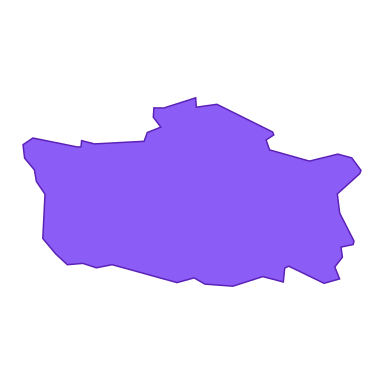 outline of Banbridge
{"feature_id": "GBR-2087", "entity_name": "Banbridge", "entity_type": "District", "adm_level": 1, "iso_a3": "GBR", "parent_name": "United Kingdom", "parent_adm1": "", "projection": "robinson", "projection_center": [-6.161, 54.343], "detail": "fine", "context": "isolated", "style": "filled", "palette": "violet", "viewbox_px": 384, "rotation_deg": 0, "n_neighbors": 0, "source": "natural_earth", "source_scale": "10m", "svg_char_len": 739}
<svg xmlns="http://www.w3.org/2000/svg" viewBox="0 0 384 384"><path d="M67.3,264.7L55.6,253.8L42.8,238.5L45.0,194.2L36.4,181.5L34.4,169.9L24.6,158.2L23.0,144.7L32.9,138.0L77.4,147.0L81.0,146.8L81.6,140.6L94.3,143.9L144.1,141.3L147.3,132.5L160.8,127.1L153.3,117.2L153.9,107.9L163.8,108.0L195.7,97.8L196.3,107.2L216.9,104.3L272.6,132.0L273.8,134.9L266.1,140.0L269.6,149.9L309.3,161.1L337.8,154.1L351.8,157.9L361.0,170.4L359.7,173.7L337.3,193.9L339.7,213.1L354.0,241.1L353.2,244.5L341.0,247.1L342.4,257.2L334.8,267.0L339.6,278.9L324.1,283.3L288.7,266.2L284.7,268.1L283.3,282.0L262.8,276.6L232.9,286.2L204.9,284.1L194.1,277.9L177.0,282.6L112.1,264.7L96.4,267.8L82.9,263.4L67.3,264.7Z" fill="#8b5cf6" stroke="#5b21b6" stroke-width="1.5"/></svg>